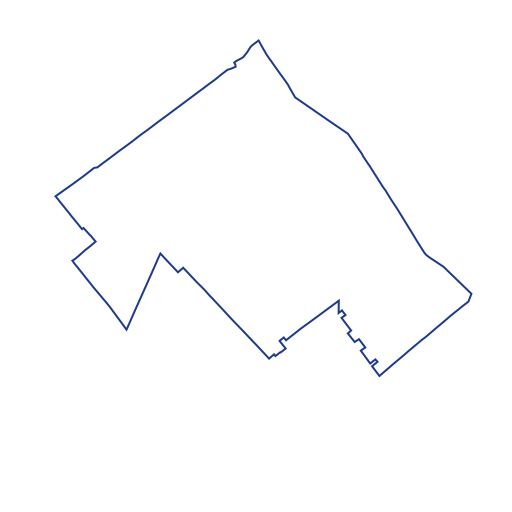 outline of San Mateo Atenco, México, Mexico, rotated 322°
{"feature_id": "50627088B90901919246295", "entity_name": "San Mateo Atenco", "entity_type": "district", "adm_level": 2, "iso_a3": "MEX", "parent_name": "Mexico", "parent_adm1": "México", "projection": "robinson", "projection_center": [-99.543, 19.262], "detail": "fine", "context": "isolated", "style": "outline", "palette": "blue", "viewbox_px": 512, "rotation_deg": 322, "n_neighbors": 0, "source": "geoboundaries", "source_scale": "gbopen_adm2", "svg_char_len": 2540}
<svg xmlns="http://www.w3.org/2000/svg" viewBox="0 0 512 512"><g transform="rotate(322 256 256)"><path d="M182.6,86.9L173.3,86.9L171.1,86.9L166.4,86.8L156.8,86.5L154.1,86.4L152.2,86.3L134.8,85.5L134.8,86.8L134.9,89.1L134.9,92.7L135.0,99.0L135.1,105.5L135.1,109.0L135.1,111.7L135.2,114.6L135.3,118.3L135.4,123.6L135.4,124.5L135.4,125.7L135.5,127.7L137.3,127.7L138.1,138.0L138.3,138.2L138.3,141.3L138.5,145.9L130.8,146.2L124.6,146.2L117.0,146.7L112.2,146.9L108.4,146.7L108.3,150.0L108.3,152.6L108.4,155.4L108.5,165.3L108.5,169.6L108.6,175.7L108.6,179.7L109.4,201.0L109.5,206.3L109.2,215.4L108.9,226.7L108.6,234.3L111.2,233.0L114.7,231.1L126.2,224.9L132.6,221.5L139.8,217.7L163.0,205.4L177.3,197.7L179.6,196.5L182.2,195.2L182.7,201.6L183.3,208.0L183.9,214.4L184.5,220.8L188.0,220.6L190.4,220.5L191.4,220.4L192.0,226.9L192.6,233.5L193.2,240.0L194.6,251.1L195.1,259.1L195.3,260.3L196.1,269.4L196.8,276.8L197.5,285.7L198.3,294.6L199.8,308.5L200.2,313.0L200.5,316.2L200.8,319.1L201.0,321.7L201.2,323.6L201.4,325.4L201.9,330.7L201.9,331.0L203.0,343.2L203.1,344.9L209.7,344.6L209.7,346.8L215.9,346.8L216.1,347.2L222.4,347.2L222.3,337.4L227.7,337.3L227.8,340.9L246.5,340.8L263.8,341.4L293.7,342.2L287.7,349.7L286.0,351.8L290.2,351.8L290.2,357.6L285.3,357.4L285.1,373.3L280.7,373.5L280.8,384.5L285.9,384.9L285.9,386.4L285.8,395.4L280.3,395.1L280.0,405.7L279.8,411.0L286.4,411.0L286.6,414.2L279.6,414.3L279.4,426.5L292.0,425.9L298.1,425.6L304.9,425.4L312.6,425.1L318.0,424.8L324.0,424.6L327.0,424.5L332.1,424.3L334.7,424.2L339.3,424.3L347.0,424.0L353.0,423.7L362.5,423.4L366.6,423.2L373.0,422.9L387.1,422.7L395.3,422.7L402.5,418.4L397.1,379.8L392.0,364.5L391.1,361.3L390.7,359.3L390.7,357.0L391.8,345.5L393.5,331.0L396.4,304.9L397.2,294.4L398.4,284.3L398.5,280.3L399.2,272.8L400.0,264.8L400.1,263.3L400.2,262.9L400.8,256.4L400.9,256.0L401.1,252.5L401.8,243.0L402.3,241.4L403.7,216.2L401.6,209.6L399.5,203.0L398.5,200.0L386.1,160.3L384.5,155.1L385.3,149.3L386.3,142.5L386.6,141.1L386.8,138.2L386.9,135.8L387.1,130.8L387.2,127.1L388.0,110.2L388.0,108.6L388.2,105.8L388.3,104.1L389.2,97.7L389.2,97.4L390.5,89.3L390.7,87.8L390.4,87.8L386.5,87.7L381.9,87.6L379.2,88.3L377.5,88.9L374.6,90.0L369.0,91.3L368.7,91.4L366.6,91.3L360.6,90.2L357.9,90.2L357.7,91.7L357.5,92.7L356.4,94.3L353.7,93.6L351.2,92.9L348.2,91.7L340.3,91.6L331.7,91.8L326.8,91.6L286.7,90.7L277.7,90.5L269.7,90.3L263.4,90.1L250.1,89.9L245.9,89.8L241.6,89.6L237.3,89.5L228.0,89.5L213.0,89.0L201.5,88.8L193.5,88.6L185.6,88.5L182.6,86.9Z" fill="none" stroke="#1e3a8a" stroke-width="2"/></g></svg>